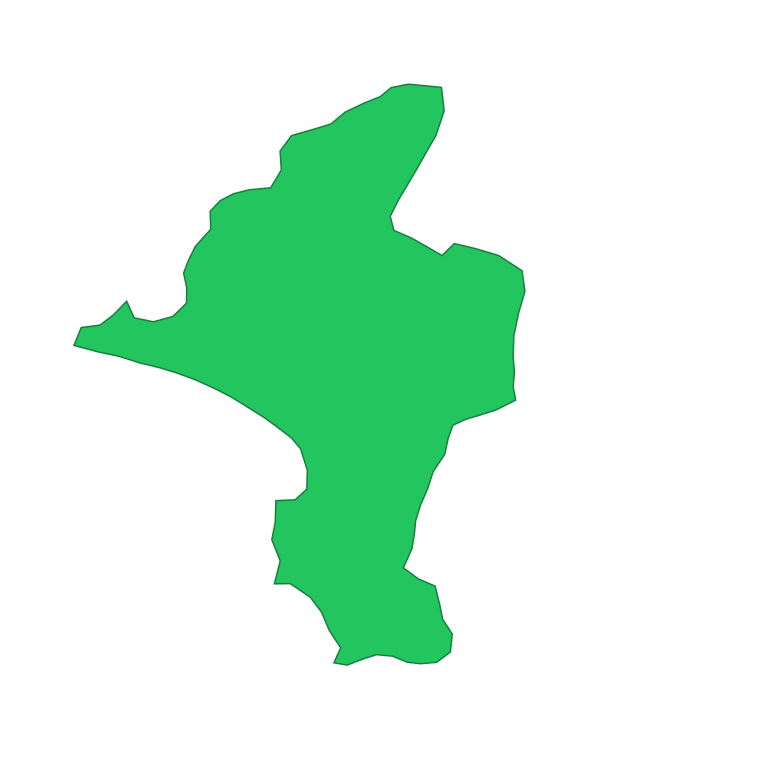 outline of Itapema, Santa Catarina, Brazil, rotated 143°
{"feature_id": "56859067B84444933565418", "entity_name": "Itapema", "entity_type": "district", "adm_level": 2, "iso_a3": "BRA", "parent_name": "Brazil", "parent_adm1": "Santa Catarina", "projection": "mercator", "projection_center": [-48.63, -27.1], "detail": "fine", "context": "isolated", "style": "filled", "palette": "green", "viewbox_px": 768, "rotation_deg": 143, "n_neighbors": 0, "source": "geoboundaries", "source_scale": "gbopen_adm2", "svg_char_len": 1443}
<svg xmlns="http://www.w3.org/2000/svg" viewBox="0 0 768 768"><g transform="rotate(143 384 384)"><path d="M492.3,130.0L480.0,143.2L478.7,160.9L472.5,173.8L464.8,191.8L473.9,207.8L479.2,225.5L460.8,235.7L450.3,245.6L441.0,255.8L427.1,265.7L412.1,274.1L397.6,284.4L377.8,291.3L365.3,302.1L353.8,309.6L339.9,306.6L325.4,301.2L309.9,295.8L288.5,291.9L282.4,304.2L272.7,315.0L265.0,327.3L251.3,344.4L232.9,360.4L215.8,373.0L205.6,391.3L215.0,417.4L229.4,437.0L243.3,453.8L260.4,451.7L265.8,464.6L274.1,483.8L283.7,500.7L278.1,514.2L261.0,522.6L243.9,529.5L227.3,536.4L215.0,541.8L193.0,551.2L171.6,565.9L159.6,586.3L184.2,608.9L200.0,616.4L214.2,615.8L230.7,620.3L251.3,624.5L269.8,623.6L287.2,629.9L308.3,638.0L326.8,632.6L337.2,616.7L356.5,608.9L374.9,620.3L389.9,626.6L404.6,629.0L418.8,626.6L429.2,611.9L451.9,607.4L465.6,600.5L477.3,593.2L483.5,579.7L493.1,567.4L512.1,565.0L530.8,572.5L543.7,587.2L539.7,605.0L558.9,602.0L575.5,602.0L591.8,611.3L608.4,601.4L592.6,581.2L579.0,565.6L566.4,547.9L553.3,531.9L543.7,518.7L532.2,501.0L521.2,480.8L513.7,465.2L505.4,443.9L499.3,427.7L494.5,411.4L490.4,396.7L489.6,382.3L497.1,361.3L508.9,346.5L524.7,345.0L540.5,355.9L554.1,339.0L567.2,327.3L573.4,305.1L591.8,290.4L579.0,281.0L571.2,257.9L571.2,239.3L576.0,220.1L577.4,199.3L591.8,191.5L582.5,181.6L566.4,177.1L552.8,172.3L541.0,161.5L533.0,148.0L523.3,138.7L509.4,130.0L492.3,130.0Z" fill="#22c55e" stroke="#15803d" stroke-width="1.5"/></g></svg>